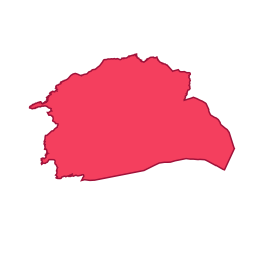 Santa Rosa, Bolívar, Colombia (Equal Earth projection), rotated 250°
{"feature_id": "7082276B66298058490333", "entity_name": "Santa Rosa", "entity_type": "district", "adm_level": 2, "iso_a3": "COL", "parent_name": "Colombia", "parent_adm1": "Bolívar", "projection": "equal_earth", "projection_center": [-75.336, 10.472], "detail": "fine", "context": "isolated", "style": "filled", "palette": "rose", "viewbox_px": 256, "rotation_deg": 250, "n_neighbors": 0, "source": "geoboundaries", "source_scale": "gbopen_adm2", "svg_char_len": 5809}
<svg xmlns="http://www.w3.org/2000/svg" viewBox="0 0 256 256"><g transform="rotate(250 128 128)"><path d="M123.4,34.5L123.8,35.7L123.9,36.3L123.7,36.9L123.4,37.3L123.1,38.1L123.5,39.5L123.5,40.5L125.3,43.0L124.1,46.2L123.5,47.6L122.6,48.2L121.7,48.2L120.2,47.3L119.0,47.3L118.3,47.8L115.7,48.1L115.2,48.0L114.9,48.3L113.5,47.0L112.6,46.8L112.5,46.4L112.1,46.1L111.1,46.3L109.2,45.3L108.5,43.9L107.8,44.5L107.1,44.6L106.6,44.9L105.9,43.4L105.4,43.5L105.3,43.8L105.6,44.3L105.4,44.7L104.7,44.6L104.1,45.9L103.6,47.5L103.8,48.2L104.4,48.8L104.5,49.2L104.5,51.5L104.1,52.5L103.5,52.8L103.5,55.3L103.2,55.6L103.5,56.8L103.5,58.9L104.0,60.6L103.3,59.0L103.4,56.8L103.0,55.7L102.8,55.7L102.5,56.6L102.2,57.0L102.3,57.7L101.9,59.8L101.4,60.2L101.5,62.5L101.1,63.5L100.6,63.8L100.1,64.6L99.6,68.0L99.8,68.5L99.8,69.0L99.3,70.1L98.6,69.9L98.1,70.1L97.7,69.7L97.4,69.7L96.7,68.5L95.9,67.9L94.6,66.4L94.3,69.5L91.8,74.3L90.4,78.9L82.6,128.5L83.9,139.9L84.4,145.4L83.4,150.3L82.2,153.7L81.4,156.3L81.1,161.1L79.4,172.1L77.5,175.8L76.4,178.8L74.4,183.0L73.9,184.9L72.0,189.2L71.3,190.0L69.3,191.9L62.7,197.7L62.8,198.0L56.6,203.2L55.7,204.4L72.4,221.0L73.1,220.8L89.2,221.5L92.6,220.6L94.6,219.2L99.2,216.5L100.3,216.3L101.8,216.4L105.0,215.7L107.2,214.3L108.4,212.9L111.9,210.1L113.8,209.8L116.4,209.7L117.9,210.2L124.1,209.7L124.9,209.3L127.8,207.0L129.6,205.0L132.0,202.8L134.5,199.9L134.4,197.7L134.8,190.3L135.6,190.6L136.2,191.6L137.1,192.4L138.3,192.7L138.6,193.9L139.7,195.1L140.3,194.5L140.7,195.2L141.6,196.1L142.2,196.3L142.6,196.9L143.0,197.1L143.2,197.6L143.2,197.9L143.0,198.2L143.2,199.0L144.1,199.9L145.1,199.9L145.8,200.2L146.3,200.1L146.4,200.3L147.0,199.9L148.7,201.3L149.5,201.3L150.5,201.8L151.3,202.7L152.1,202.6L152.8,202.9L154.8,202.5L155.8,203.3L156.5,203.2L156.8,203.7L156.9,204.5L157.2,204.9L158.3,205.1L159.0,204.5L159.9,202.1L161.7,200.3L162.4,197.8L163.2,196.2L163.7,195.8L165.6,195.2L166.1,190.0L166.0,189.4L173.9,186.2L174.1,185.6L175.3,184.9L176.3,183.1L176.8,183.0L176.8,182.3L177.3,182.4L178.7,180.8L180.2,180.0L180.9,179.9L181.2,179.6L181.6,179.7L182.0,179.3L182.6,179.5L183.3,179.3L184.8,179.4L184.6,177.6L185.3,176.3L185.8,176.3L186.6,173.7L186.7,172.9L186.4,172.1L186.3,171.0L186.0,170.7L186.0,170.3L186.3,170.1L186.0,169.6L186.2,169.1L185.2,168.7L185.2,167.7L185.4,167.5L184.8,167.1L184.8,166.5L184.4,165.4L185.1,164.9L185.3,164.3L185.7,163.6L186.0,163.4L186.7,163.8L186.9,162.8L187.6,162.8L187.8,163.1L188.1,162.7L189.0,162.1L189.8,161.7L190.1,161.8L190.3,161.1L191.0,160.6L191.8,160.9L192.6,160.6L192.8,160.7L193.0,160.2L193.3,160.2L193.3,160.7L193.5,160.7L193.6,160.2L193.8,160.4L193.7,161.1L194.1,161.2L194.2,160.6L194.3,160.6L194.6,160.9L194.8,159.2L194.4,158.1L194.7,158.0L194.8,157.6L194.5,157.3L194.9,156.4L194.8,155.1L195.1,154.6L194.8,153.9L195.1,153.9L195.3,153.5L195.1,153.4L194.3,150.7L194.8,148.6L194.7,148.2L195.1,148.3L195.3,147.6L195.2,146.9L195.7,146.3L195.1,145.7L194.8,144.4L195.1,143.7L196.7,142.0L196.9,141.6L196.9,140.2L197.9,138.9L198.0,137.5L198.6,136.4L199.1,134.2L199.7,132.9L199.7,131.2L200.3,129.2L200.3,128.7L199.9,127.9L198.9,126.9L196.2,122.7L195.3,119.8L194.8,118.7L194.3,117.0L194.6,116.3L194.9,114.3L194.1,112.5L194.1,110.3L193.1,108.5L192.9,107.5L193.4,105.1L193.3,103.7L193.5,102.7L193.0,102.3L193.1,102.1L194.5,100.3L195.6,99.3L196.8,97.8L197.3,97.1L197.5,94.8L196.9,92.2L195.2,89.2L194.6,87.8L194.3,85.5L194.5,84.3L194.2,84.1L194.1,83.3L194.1,82.9L194.3,82.8L194.1,82.3L194.1,80.9L193.8,81.0L193.7,80.3L193.2,80.5L192.6,79.9L192.7,78.8L192.6,77.9L192.2,77.1L192.5,76.4L192.3,75.1L191.7,74.4L190.7,74.6L190.6,74.0L190.2,73.6L190.0,74.0L189.4,74.0L188.6,74.7L188.2,73.6L187.6,73.9L187.2,73.9L187.8,73.0L187.5,71.9L187.1,71.5L187.8,70.2L188.1,70.1L188.3,69.6L187.9,68.1L188.0,67.3L187.8,67.0L187.6,68.0L187.4,67.5L187.5,67.3L187.2,67.0L187.1,67.3L186.9,67.2L186.7,66.6L186.4,66.8L186.1,67.3L185.9,67.3L185.7,67.0L185.7,65.7L185.4,65.1L185.6,64.5L185.1,64.2L185.2,63.8L185.0,63.4L184.4,64.0L184.1,63.6L184.4,63.4L184.4,63.0L184.7,63.0L184.8,62.7L184.5,61.9L184.0,62.1L183.7,62.0L183.4,62.7L182.8,62.6L182.7,62.4L182.9,62.0L182.7,61.7L182.5,62.0L182.4,61.6L181.9,61.4L181.4,62.0L180.8,61.5L180.7,61.2L181.2,60.5L181.2,60.1L180.3,60.2L180.1,60.1L180.2,59.3L180.8,59.4L181.0,58.8L180.0,58.3L180.0,58.0L180.5,57.2L179.9,56.7L179.9,56.2L180.2,56.2L180.3,55.7L180.6,55.7L180.8,55.1L181.5,55.2L182.5,55.0L182.6,54.7L182.6,54.2L182.7,53.6L182.2,53.1L182.7,52.7L182.8,51.7L182.5,50.0L182.9,49.5L182.4,48.1L182.3,47.2L182.7,47.1L182.7,46.9L182.5,45.9L182.1,45.6L181.8,45.2L182.0,44.1L181.8,43.3L181.4,42.8L180.6,42.4L180.3,42.6L180.1,43.3L178.8,44.5L178.7,45.8L178.6,46.5L178.2,47.2L178.2,47.5L178.7,48.0L178.8,48.4L178.3,49.0L178.3,49.3L178.5,49.6L178.6,50.7L178.4,51.8L177.8,53.1L178.1,54.4L177.5,55.8L177.2,57.5L176.8,58.3L176.0,59.0L175.7,59.6L174.9,59.8L174.1,60.3L172.7,62.2L172.5,62.4L171.9,61.9L171.1,61.8L170.2,62.1L170.4,61.1L170.0,60.0L169.7,58.6L170.1,57.6L167.1,58.0L166.5,59.7L165.8,60.4L165.0,60.6L164.6,61.2L162.2,60.9L160.6,59.7L160.3,59.7L158.5,61.2L156.9,61.5L156.7,62.1L155.7,63.6L154.6,63.1L153.9,62.2L152.9,61.7L152.7,60.3L152.1,58.6L151.0,57.0L151.2,55.1L150.1,52.7L148.8,49.3L149.2,47.9L148.2,47.2L145.7,46.1L144.7,45.2L143.6,45.4L143.6,44.7L143.2,44.9L142.5,44.1L141.7,43.7L141.4,43.7L140.9,44.6L140.7,44.6L140.4,44.3L140.3,43.8L139.4,43.6L138.4,43.7L136.6,42.4L136.5,42.6L136.6,43.2L136.5,43.3L136.1,43.2L136.0,43.9L134.9,44.1L133.2,43.6L132.8,44.3L132.9,43.6L132.6,43.3L132.4,43.5L132.3,43.0L131.7,42.8L131.4,43.3L131.4,42.9L130.9,42.6L131.1,42.1L130.8,42.2L130.6,42.1L130.6,41.0L129.4,41.2L128.5,40.9L127.8,38.9L128.0,38.5L128.5,38.3L128.9,37.8L128.9,36.0L128.5,35.8L127.8,36.2L127.6,35.7L127.0,35.4L126.3,36.0L125.5,35.9L125.0,35.6L124.9,34.9L124.6,34.5L123.4,34.5Z" fill="#f43f5e" stroke="#9f1239" stroke-width="1.5"/></g></svg>